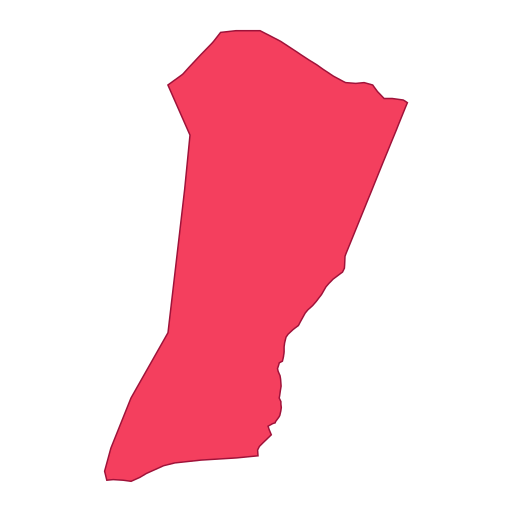 Derniere Riviere/Mardi Gras/Morne Caca Cochon, Dennery, Saint Lucia
{"feature_id": "8701671B53380311765902", "entity_name": "Derniere Riviere/Mardi Gras/Morne Caca Cochon", "entity_type": "district", "adm_level": 2, "iso_a3": "LCA", "parent_name": "Saint Lucia", "parent_adm1": "Dennery", "projection": "albers", "projection_center": [-60.919, 13.963], "detail": "fine", "context": "isolated", "style": "filled", "palette": "rose", "viewbox_px": 512, "rotation_deg": 0, "n_neighbors": 0, "source": "geoboundaries", "source_scale": "gbopen_adm2", "svg_char_len": 1985}
<svg xmlns="http://www.w3.org/2000/svg" viewBox="0 0 512 512"><path d="M258.0,455.8L257.8,452.9L257.6,450.0L259.4,446.4L262.9,442.9L271.3,434.8L269.0,429.2L268.4,427.2L268.0,426.2L271.1,424.5L272.7,423.6L274.0,423.2L275.2,422.8L275.4,422.1L275.5,421.7L278.9,417.1L279.3,416.4L279.8,415.4L280.8,411.0L281.3,407.5L280.9,404.2L280.9,401.6L279.6,398.9L279.2,398.0L279.6,396.0L280.3,391.1L281.1,386.1L280.6,379.2L280.3,377.3L280.0,375.6L279.0,373.4L278.1,371.2L277.5,368.5L278.0,367.1L278.5,365.6L279.3,362.8L282.4,361.2L283.0,358.8L283.5,356.5L283.6,355.6L284.0,353.1L284.0,352.6L284.1,352.0L284.1,346.8L284.4,344.7L284.6,343.0L286.0,337.2L288.0,334.3L288.2,334.1L292.9,329.7L295.2,327.9L298.4,325.5L299.5,323.5L299.7,323.0L305.1,313.2L307.8,309.9L312.6,305.6L316.1,301.6L317.7,299.5L318.3,298.7L319.2,297.5L321.4,294.7L322.0,293.7L323.1,291.8L325.9,286.9L327.0,285.6L328.8,283.5L331.4,280.9L333.1,279.1L338.3,275.2L340.7,273.4L342.5,272.1L344.4,268.2L344.6,265.4L344.8,261.1L345.0,256.3L345.6,254.7L345.7,254.3L349.2,245.7L352.7,237.1L353.8,234.4L360.3,218.4L364.5,208.1L367.7,200.2L371.4,191.2L374.2,184.2L375.7,180.5L383.1,162.2L387.6,151.3L390.4,144.4L396.3,130.1L397.2,127.8L398.3,125.0L405.1,108.2L407.4,102.7L405.1,101.1L403.2,100.0L395.9,99.0L392.3,98.5L384.1,98.5L382.0,96.3L377.5,91.6L373.9,86.7L372.7,85.0L369.9,84.2L364.1,82.6L355.8,83.4L345.6,82.6L343.2,81.4L333.5,76.2L323.1,69.3L317.1,65.0L309.0,60.0L300.6,54.5L299.3,53.6L291.6,48.5L280.6,41.3L272.3,37.0L268.7,35.1L265.5,33.5L260.1,30.7L251.8,30.7L241.0,30.7L235.8,30.7L220.6,32.4L213.5,41.5L212.0,43.2L209.1,46.2L201.2,54.3L199.6,56.0L197.9,57.8L189.2,67.1L188.1,68.3L186.3,70.3L183.4,73.5L182.6,74.3L181.7,75.0L178.4,77.4L174.1,80.5L167.9,85.0L190.0,135.1L184.7,189.0L179.6,233.0L168.0,332.7L131.0,398.0L110.9,448.1L104.6,471.2L106.8,480.2L113.2,479.6L123.0,480.2L131.1,481.3L139.8,477.4L146.3,473.5L163.6,465.7L174.9,462.9L200.9,460.1L236.6,457.9L258.0,455.8Z" fill="#f43f5e" stroke="#9f1239" stroke-width="1.5"/></svg>